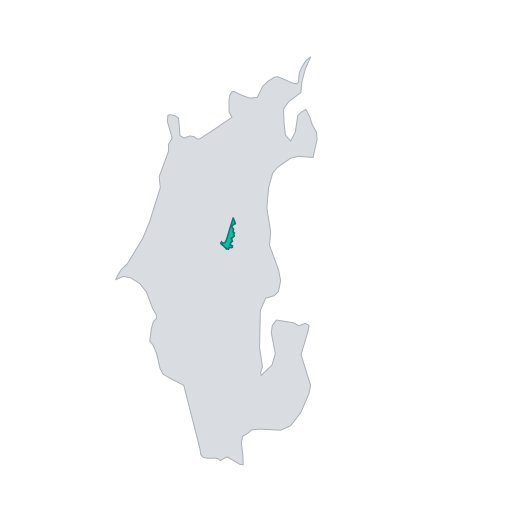 location of El Guarco, Cartago, Costa Rica, rotated 236°
{"feature_id": "36466004B87567829139505", "entity_name": "El Guarco", "entity_type": "district", "adm_level": 2, "iso_a3": "CRI", "parent_name": "Costa Rica", "parent_adm1": "Cartago", "projection": "mercator", "projection_center": [-83.936, 9.732], "detail": "fine", "context": "in_parent", "style": "filled", "palette": "teal", "viewbox_px": 512, "rotation_deg": 236, "n_neighbors": 0, "source": "geoboundaries", "source_scale": "gbopen_adm2", "svg_char_len": 5122}
<svg xmlns="http://www.w3.org/2000/svg" viewBox="0 0 512 512"><g transform="rotate(236 256 256)"><path d="M421.9,261.7L421.3,263.6L419.6,265.5L417.2,267.5L413.9,268.9L406.0,264.8L398.3,260.2L394.1,262.3L392.5,268.3L389.6,271.4L386.0,272.6L384.6,274.6L384.3,294.7L384.5,313.7L390.4,314.1L400.1,320.7L404.3,324.6L405.6,328.1L404.4,329.9L397.3,334.0L390.3,339.2L386.8,345.8L392.9,356.3L394.2,363.5L394.0,371.0L392.3,374.5L378.8,383.1L375.9,386.2L376.3,388.3L383.7,394.3L387.2,400.0L390.2,406.9L390.6,412.9L383.8,401.8L374.5,391.2L366.4,384.6L365.7,369.3L362.5,361.0L350.2,353.4L339.8,348.0L332.0,349.1L336.8,357.9L349.1,369.2L349.9,373.5L349.7,379.3L341.2,378.4L333.7,376.1L324.7,375.3L318.6,371.9L305.8,358.4L314.9,346.9L317.7,339.4L317.5,323.7L315.4,316.1L305.5,304.6L289.8,291.9L267.7,281.6L257.3,273.2L231.5,266.8L221.7,262.6L214.0,254.7L212.9,249.0L215.6,240.3L208.5,229.2L177.7,207.5L160.5,199.4L156.8,194.7L154.1,193.3L156.7,208.3L164.2,217.4L183.9,225.8L189.3,230.7L191.5,237.1L180.1,249.4L174.3,252.5L172.5,259.2L168.8,261.2L164.9,257.4L149.0,238.2L118.2,228.9L112.6,223.3L101.2,205.7L95.9,189.7L97.8,179.0L110.4,162.3L114.4,155.0L113.6,150.6L114.0,144.0L109.3,139.4L97.6,133.4L90.1,128.6L92.2,126.2L105.6,119.7L106.4,113.9L106.3,111.9L108.5,111.5L110.5,110.0L111.7,108.4L115.3,102.8L118.5,99.6L122.2,99.1L126.7,101.4L143.6,107.5L162.4,114.2L189.2,123.8L200.3,117.6L209.8,112.9L216.5,113.6L230.9,119.1L239.5,120.8L244.8,120.3L254.0,128.3L259.1,134.3L259.9,138.3L262.7,140.4L269.8,140.9L287.4,145.0L298.1,144.2L307.9,139.9L313.2,134.7L314.9,126.6L317.4,130.6L320.2,136.9L321.5,145.0L334.1,172.2L344.2,187.3L366.2,214.9L375.8,220.0L391.9,242.2L397.4,245.8L400.6,252.4L417.3,257.8L421.9,261.7Z" fill="#d9dde1" stroke="#a8b0b8" stroke-width="1"/><path d="M300.2,258.3L299.5,257.3L293.4,249.7L288.2,243.4L286.8,241.6L285.9,240.6L285.9,240.4L285.7,240.3L285.6,240.2L285.4,239.8L285.4,239.6L285.4,239.4L285.2,239.3L285.1,239.2L285.0,238.9L284.9,238.7L284.8,238.3L284.8,238.2L284.7,238.0L284.6,237.9L284.6,237.4L284.7,237.2L284.8,237.0L284.8,236.8L284.8,236.7L284.8,236.4L285.1,236.1L285.2,235.7L285.5,235.6L285.7,235.3L286.1,235.1L286.4,235.2L286.5,235.3L286.9,235.4L286.8,235.1L286.6,234.9L286.4,234.7L286.5,234.4L286.3,234.4L286.4,234.1L285.6,233.8L285.4,234.0L285.1,233.9L284.5,234.4L283.7,234.2L283.5,234.6L283.4,234.6L283.2,234.6L282.9,234.6L282.8,234.8L282.7,234.8L282.3,234.9L282.1,234.9L281.9,234.9L281.7,234.9L281.0,234.8L280.9,234.9L280.9,235.0L280.6,235.1L280.4,235.2L280.2,235.3L279.8,235.5L279.6,235.5L279.4,235.5L279.4,235.4L279.4,235.2L279.2,235.2L278.9,235.3L278.7,235.3L278.4,235.4L278.1,235.5L278.1,235.8L278.2,236.0L278.3,236.0L278.2,236.2L278.1,236.3L277.9,236.4L277.8,236.5L277.7,236.7L277.4,236.6L277.2,236.6L276.9,236.9L276.9,237.0L277.0,237.2L277.1,237.3L277.3,237.3L277.5,237.6L277.7,237.8L277.8,238.0L278.0,238.4L278.0,238.5L278.2,238.8L277.8,238.9L277.7,239.0L277.4,239.2L277.2,239.4L277.1,239.5L276.9,239.8L276.8,240.1L276.7,240.1L276.6,240.3L276.6,240.5L276.6,240.8L276.6,241.0L276.4,241.3L276.5,241.4L276.9,241.4L277.0,241.4L277.2,241.5L277.3,241.5L277.3,241.8L277.3,242.0L277.5,242.2L277.8,242.0L278.3,241.9L278.5,241.7L278.8,241.5L278.9,241.4L279.0,241.4L279.3,241.3L279.4,241.1L279.3,240.9L279.4,240.7L279.5,240.7L279.6,240.8L279.8,240.9L280.0,240.9L280.1,241.0L280.2,241.3L280.3,241.5L280.5,241.6L280.5,241.8L280.6,242.0L280.8,242.1L281.0,242.1L281.2,242.3L281.2,242.6L281.2,242.8L281.2,243.1L281.2,243.4L281.3,243.4L281.5,243.5L281.6,243.8L281.6,244.0L281.5,244.3L281.6,244.5L281.4,244.7L281.4,244.8L281.6,244.8L282.0,244.9L282.3,245.0L282.5,245.0L282.8,245.1L283.0,245.2L283.3,245.2L283.5,245.2L283.5,245.3L283.6,245.5L283.9,245.4L283.9,245.2L284.1,245.2L284.2,245.3L284.2,245.5L284.3,245.8L284.4,245.7L284.4,245.8L284.4,246.1L284.5,246.3L284.5,246.5L284.5,246.8L284.4,247.0L284.4,247.3L284.4,247.5L284.5,247.9L284.5,248.0L284.6,248.3L284.5,248.5L284.6,248.8L284.7,249.0L284.8,249.2L284.9,249.3L285.0,249.4L285.1,249.5L285.4,249.5L285.7,249.5L285.9,249.5L286.0,249.6L286.3,249.7L286.4,249.8L286.6,249.8L286.8,250.1L287.1,250.3L287.2,250.5L287.2,250.9L287.2,251.0L287.5,250.9L287.9,250.8L288.1,250.8L288.3,250.8L288.5,250.8L288.7,250.7L288.8,250.6L288.9,250.4L289.0,250.3L289.3,250.5L289.5,250.6L289.6,250.8L289.8,251.1L289.8,251.3L290.0,251.5L290.2,251.8L290.3,251.9L290.4,252.1L290.5,252.2L290.6,252.3L290.8,252.3L291.0,252.3L291.2,252.5L291.3,252.5L291.5,252.4L291.8,252.4L292.1,252.3L292.7,252.3L292.9,252.3L293.0,252.3L293.1,252.2L293.3,252.2L293.5,252.2L293.7,252.3L293.8,252.4L294.0,252.7L294.1,252.9L294.2,253.0L294.3,253.0L294.3,253.4L294.3,253.5L294.5,253.7L294.4,253.9L294.5,254.0L294.6,254.3L294.7,254.6L294.7,255.1L294.6,255.4L294.6,255.8L294.5,256.0L294.4,256.2L294.4,256.4L294.3,256.7L294.3,256.9L294.7,256.9L294.9,256.9L294.9,257.0L295.0,257.0L295.8,257.2L295.9,257.3L295.9,257.5L296.0,257.5L296.3,257.6L296.5,257.5L296.9,257.7L297.1,257.7L297.3,257.7L297.4,257.8L297.5,257.9L297.9,257.9L298.1,257.9L298.3,258.0L298.5,258.0L298.9,258.1L299.0,258.2L299.3,258.1L299.5,258.1L299.7,258.3L300.0,258.4L300.2,258.3Z" fill="#14b8a6" stroke="#0f766e" stroke-width="1.5"/></g></svg>